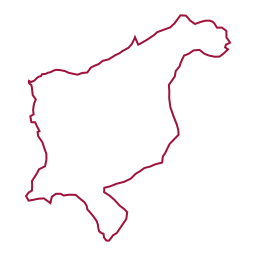 outline of Paphos, Paphos, Cyprus
{"feature_id": "46923920B77200142670897", "entity_name": "Paphos", "entity_type": "district", "adm_level": 2, "iso_a3": "CYP", "parent_name": "Cyprus", "parent_adm1": "Paphos", "projection": "natural_earth1", "projection_center": [32.428, 34.773], "detail": "fine", "context": "isolated", "style": "outline", "palette": "rose", "viewbox_px": 256, "rotation_deg": 0, "n_neighbors": 0, "source": "geoboundaries", "source_scale": "gbopen_adm2", "svg_char_len": 2003}
<svg xmlns="http://www.w3.org/2000/svg" viewBox="0 0 256 256"><path d="M29.0,80.9L28.8,81.7L29.1,83.2L29.6,83.7L31.4,85.2L31.9,87.5L32.7,95.0L35.8,99.5L34.3,102.9L33.5,106.6L33.1,110.2L33.6,114.3L30.3,116.3L31.4,122.2L35.1,122.3L37.0,126.4L39.5,131.1L37.5,132.1L38.3,136.3L42.4,142.3L44.3,148.1L46.4,154.1L46.4,159.9L45.0,166.3L39.0,169.3L37.2,172.8L34.4,177.3L32.0,181.0L32.2,185.9L31.9,190.6L28.7,192.5L26.0,196.1L28.6,200.6L32.3,200.0L38.7,198.7L43.9,198.4L50.4,203.1L51.8,196.8L55.9,193.8L60.7,193.8L63.6,195.5L69.0,194.7L75.6,194.9L77.6,196.6L81.6,200.0L84.4,202.1L86.7,206.0L87.4,209.5L89.2,211.4L92.7,215.5L96.6,220.9L97.8,224.3L98.3,228.1L99.2,231.4L101.8,233.3L103.5,233.7L104.0,237.5L106.4,240.6L109.1,240.6L113.0,235.3L116.8,233.0L124.1,222.2L126.3,219.0L127.2,212.2L124.5,209.3L119.6,205.6L114.8,200.2L109.9,195.9L104.1,192.1L104.3,187.8L109.9,186.4L116.8,183.7L124.0,181.9L130.7,178.7L135.6,173.8L140.2,171.1L144.4,168.0L150.0,166.6L155.0,164.4L162.2,162.5L162.8,156.5L165.1,153.2L169.6,144.0L174.2,139.2L178.6,134.7L178.2,129.8L178.2,129.7L176.8,124.5L173.2,115.4L170.3,107.0L169.2,98.1L169.3,91.0L168.9,84.9L173.1,78.9L174.8,76.5L175.7,71.1L179.5,66.5L180.6,63.0L182.2,59.4L184.1,55.5L188.3,54.0L193.6,50.4L199.5,49.9L204.5,53.8L208.8,55.5L214.5,56.7L219.6,56.6L224.2,53.0L227.8,49.5L228.0,49.3L225.1,47.4L225.9,44.7L230.0,42.7L229.0,41.0L226.4,37.4L226.5,35.2L226.3,30.8L221.9,27.6L216.9,27.6L214.6,23.8L212.7,21.7L212.1,21.5L209.9,20.7L205.5,20.7L201.0,21.8L195.0,24.0L190.0,20.5L188.2,18.1L185.8,15.6L181.2,15.4L180.4,15.4L174.5,23.4L170.2,27.4L161.4,30.6L157.1,32.2L154.0,35.1L147.1,39.7L143.2,42.0L138.2,44.7L135.0,37.2L134.3,39.1L131.8,44.0L128.6,47.7L122.7,50.9L119.5,53.2L115.1,55.3L108.6,59.4L102.8,60.8L98.6,64.1L94.6,65.7L90.8,67.6L87.3,72.5L82.3,72.9L77.6,74.7L68.9,72.9L65.0,71.1L60.2,70.1L55.9,69.8L53.5,70.6L50.5,72.2L47.7,72.8L45.7,73.9L42.0,74.2L41.0,76.1L38.8,76.7L36.9,77.9L35.4,79.5L34.2,80.7L31.1,82.0L29.0,80.9Z" fill="none" stroke="#9f1239" stroke-width="2"/></svg>